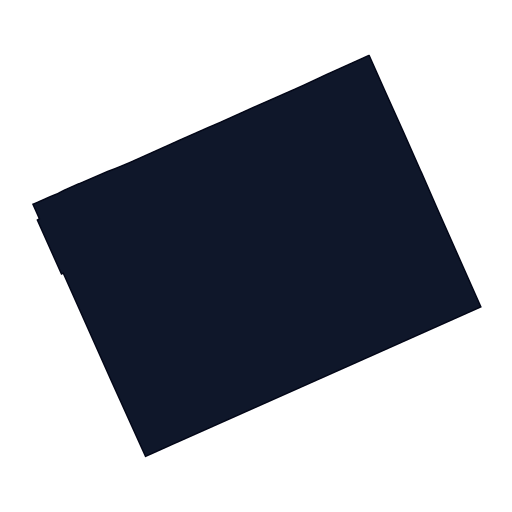 Modoc, California, United States of America (Mercator projection), rotated 336°
{"feature_id": "52423323B31115231658227", "entity_name": "Modoc", "entity_type": "district", "adm_level": 2, "iso_a3": "USA", "parent_name": "United States of America", "parent_adm1": "California", "projection": "mercator", "projection_center": [-120.863, 41.591], "detail": "fine", "context": "isolated", "style": "filled", "palette": "ink", "viewbox_px": 512, "rotation_deg": 336, "n_neighbors": 0, "source": "geoboundaries", "source_scale": "gbopen_adm2", "svg_char_len": 664}
<svg xmlns="http://www.w3.org/2000/svg" viewBox="0 0 512 512"><g transform="rotate(336 256 256)"><path d="M102.7,394.0L313.4,394.0L440.7,393.9L440.8,287.2L441.1,246.9L441.0,244.8L441.1,202.3L440.9,159.7L440.9,118.9L440.4,118.7L394.6,118.9L368.0,119.4L357.9,119.4L357.3,119.4L313.5,119.2L276.4,119.4L265.0,119.2L264.6,119.2L234.5,119.1L217.5,119.2L217.4,119.2L178.0,119.3L162.8,118.9L154.9,118.4L124.1,118.1L123.2,117.9L108.3,117.9L102.1,118.2L101.7,118.3L100.5,118.4L95.5,118.2L91.5,118.1L76.5,118.1L75.4,118.1L73.3,118.0L73.3,133.9L70.9,134.2L71.0,193.3L73.0,193.3L73.1,311.0L73.6,394.1L102.7,394.0Z" fill="#0f172a" stroke="#020617" stroke-width="1.5"/></g></svg>